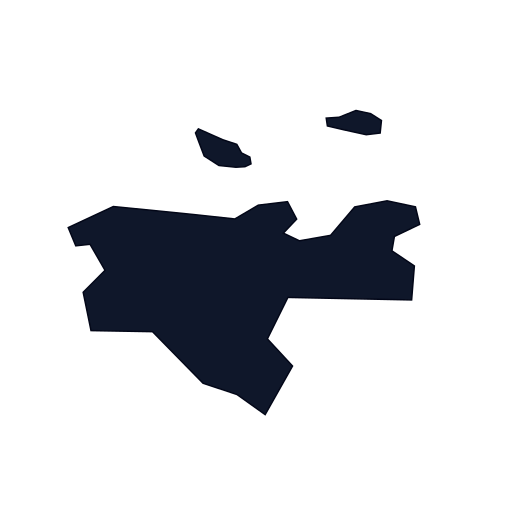 SVG path tracing the border of Port Glaud, rotated 147°
{"feature_id": "SYC-5218", "entity_name": "Port Glaud", "entity_type": "state/province", "adm_level": 1, "iso_a3": "SYC", "parent_name": "Seychelles", "parent_adm1": "", "projection": "equal_earth", "projection_center": [55.401, -4.652], "detail": "fine", "context": "isolated", "style": "filled", "palette": "ink", "viewbox_px": 512, "rotation_deg": 147, "n_neighbors": 0, "source": "natural_earth", "source_scale": "10m", "svg_char_len": 814}
<svg xmlns="http://www.w3.org/2000/svg" viewBox="0 0 512 512"><g transform="rotate(147 256 256)"><path d="M398.0,382.1L348.7,375.2L285.9,324.9L253.6,298.6L226.4,297.4L200.0,284.4L201.8,264.8L220.6,260.3L211.3,245.1L182.2,232.7L146.5,243.4L116.0,230.9L95.5,210.4L101.5,193.4L129.3,197.0L139.2,186.3L128.6,161.4L149.4,134.4L251.8,203.9L291.6,180.3L285.3,143.8L334.7,118.0L347.4,150.2L369.7,178.1L384.0,248.9L435.0,283.3L420.7,319.7L390.4,326.2L388.8,356.2L401.6,362.7L398.0,382.1ZM216.6,336.9L224.5,341.4L237.8,352.1L245.0,368.1L241.7,383.3L239.7,392.2L235.1,394.0L220.6,371.7L211.3,360.1L212.0,350.3L207.3,342.3L210.0,336.0L216.6,336.9ZM84.9,291.5L97.5,297.7L113.4,313.8L125.3,326.2L122.0,333.4L110.7,327.1L92.9,323.6L82.3,312.9L77.0,301.3L84.9,291.5Z" fill="#0f172a" stroke="#020617" stroke-width="1.5"/></g></svg>